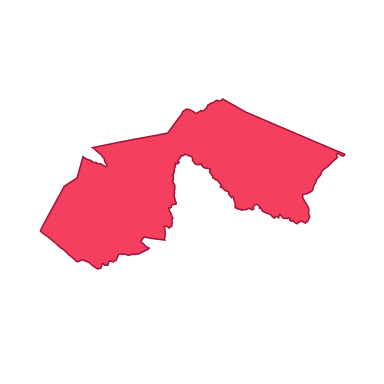 outline of Barra da Estiva, Bahia, Brazil, rotated 317°
{"feature_id": "56859067B26480186624590", "entity_name": "Barra da Estiva", "entity_type": "district", "adm_level": 2, "iso_a3": "BRA", "parent_name": "Brazil", "parent_adm1": "Bahia", "projection": "equal_earth", "projection_center": [-41.099, -13.681], "detail": "fine", "context": "isolated", "style": "filled", "palette": "rose", "viewbox_px": 384, "rotation_deg": 317, "n_neighbors": 0, "source": "geoboundaries", "source_scale": "gbopen_adm2", "svg_char_len": 4970}
<svg xmlns="http://www.w3.org/2000/svg" viewBox="0 0 384 384"><g transform="rotate(317 192 192)"><path d="M329.5,268.3L326.0,261.1L323.6,255.6L300.0,202.3L287.3,173.5L286.5,171.7L285.9,170.5L277.9,144.9L276.6,144.9L275.4,145.0L274.3,144.2L273.4,143.3L272.8,141.8L271.3,141.5L269.6,141.3L268.1,141.1L267.2,140.3L265.7,139.8L264.2,139.7L262.8,139.2L261.0,140.0L259.6,140.7L258.5,140.4L256.4,140.6L255.2,140.1L254.3,138.6L252.4,138.3L250.7,137.8L249.5,137.8L248.5,137.1L248.1,135.2L247.5,133.0L246.7,131.0L245.9,129.2L244.0,127.4L242.1,127.2L240.2,126.9L238.9,127.4L237.6,128.0L236.0,128.3L232.2,128.9L214.3,132.3L185.6,114.0L184.4,113.3L173.7,106.5L149.5,91.7L149.9,93.1L150.1,95.2L150.1,96.7L150.5,99.5L150.8,101.5L151.0,103.1L150.6,104.8L150.6,106.8L150.1,108.6L149.2,109.5L148.7,111.3L148.1,114.3L147.0,115.1L145.9,114.0L145.3,112.1L144.7,109.8L143.9,108.3L142.2,107.3L142.0,104.8L140.9,104.1L140.1,103.2L139.8,101.4L139.2,99.2L137.9,97.2L137.1,95.1L136.5,93.3L136.4,91.8L117.6,103.3L111.9,102.3L108.7,101.7L105.6,101.2L102.5,100.7L67.9,112.2L65.9,113.0L59.1,115.2L54.5,117.1L54.6,119.3L54.9,120.7L55.3,122.6L55.9,125.5L56.2,127.3L56.5,129.2L56.7,131.6L57.0,133.8L57.3,136.1L57.5,138.0L57.5,139.9L57.8,141.5L58.0,143.9L58.7,146.0L58.9,147.9L59.0,149.9L59.0,152.0L59.1,154.4L59.5,156.0L59.8,158.2L59.9,160.0L60.1,162.3L60.2,164.2L61.0,165.2L62.0,165.5L63.2,166.0L64.2,166.3L65.3,166.7L66.1,167.8L67.1,169.7L67.7,171.3L68.4,172.8L68.8,174.7L68.9,176.6L69.2,178.7L69.7,181.2L70.3,183.1L71.0,184.5L72.1,184.8L73.6,185.5L77.7,183.1L78.1,184.7L78.3,186.3L79.4,187.0L80.6,188.3L81.9,187.0L83.2,186.7L84.2,186.3L85.4,187.0L86.1,188.5L86.9,189.5L88.4,189.7L90.1,190.2L91.7,189.5L93.2,188.6L94.7,188.3L95.7,187.6L97.2,188.3L98.9,190.2L100.4,191.6L101.7,193.8L102.7,195.4L104.4,196.0L105.5,196.6L106.4,197.6L107.3,198.4L108.5,199.2L109.8,200.1L110.8,200.9L120.3,203.8L122.4,203.9L121.7,202.3L121.3,201.0L121.1,199.6L121.2,197.8L121.1,195.9L120.7,193.9L121.6,192.9L123.0,192.9L124.2,192.7L125.4,192.1L126.4,192.5L127.5,193.9L129.6,196.8L131.0,198.7L139.4,208.7L140.3,207.1L141.7,206.4L143.0,205.2L144.2,203.9L145.1,202.9L146.0,201.6L147.0,200.6L147.9,198.9L149.1,198.6L150.3,200.4L150.6,202.8L151.8,202.7L152.9,202.9L154.0,203.3L155.1,201.9L156.2,201.4L157.0,200.4L157.7,199.4L158.6,198.8L160.1,198.2L160.7,196.2L161.6,194.3L162.2,192.8L162.4,191.4L163.1,189.5L164.3,187.9L165.1,188.9L166.5,189.1L167.6,187.8L169.4,188.2L170.9,189.1L172.1,190.0L173.1,189.3L173.5,187.7L174.6,185.7L175.7,183.7L177.0,182.0L178.6,180.8L180.0,179.0L181.6,178.1L182.5,176.7L183.8,175.9L184.4,174.0L184.6,172.3L185.4,170.9L187.0,170.0L188.4,168.5L189.5,167.2L190.5,165.7L191.6,166.0L192.4,165.0L193.7,164.6L194.6,163.4L195.5,162.7L197.3,161.8L198.3,160.3L199.4,159.6L200.3,161.5L201.9,161.6L203.0,161.5L202.4,159.8L203.4,159.4L204.9,159.1L206.9,158.9L208.5,157.9L209.7,159.1L210.8,159.5L212.2,159.4L213.5,160.9L214.0,162.5L214.8,163.9L215.9,165.6L215.4,167.8L213.9,169.1L213.8,171.2L213.4,173.1L213.8,174.8L214.9,175.9L216.6,177.4L218.1,177.9L217.2,179.8L217.2,181.9L218.0,183.6L219.0,184.9L220.2,185.9L221.1,187.9L219.8,188.3L218.9,189.0L218.1,190.2L218.4,191.8L217.9,193.0L218.1,194.7L216.8,195.6L217.5,197.3L217.6,199.3L218.8,201.1L218.1,203.7L218.4,205.8L218.3,207.2L216.8,207.0L216.1,208.0L217.3,209.7L217.0,212.1L217.3,213.8L218.6,216.3L218.8,217.8L217.5,218.3L217.2,219.6L217.2,221.4L217.2,223.1L218.4,222.9L218.6,224.3L217.5,225.8L216.8,227.6L216.1,229.2L215.3,230.3L214.3,231.3L213.4,232.2L212.9,233.5L214.0,234.3L213.9,236.1L215.4,236.9L215.9,239.3L217.7,240.2L218.8,241.1L219.9,242.0L221.2,242.1L222.3,242.6L223.0,243.9L223.5,245.6L224.3,246.5L225.6,246.5L226.2,244.5L227.4,244.7L229.2,244.4L231.1,245.3L231.4,247.3L231.4,248.9L230.3,249.8L231.6,251.0L230.7,252.8L230.7,255.0L231.6,256.9L232.1,258.6L232.9,259.7L233.7,260.8L234.0,262.5L234.0,265.3L234.4,267.3L235.6,267.0L236.7,267.5L237.6,268.1L237.8,270.0L239.0,269.0L240.7,268.4L241.1,270.4L240.8,271.9L240.8,273.6L241.7,274.5L242.7,275.2L243.6,276.6L245.3,276.8L245.5,278.3L244.3,279.1L244.6,281.1L246.0,281.3L246.2,283.3L246.6,285.6L247.4,287.1L248.9,286.8L250.0,287.0L251.2,287.7L252.2,288.4L253.0,289.3L253.1,291.0L253.9,292.2L255.2,292.1L256.6,292.3L257.9,291.7L259.1,291.3L260.2,290.9L261.4,290.1L262.1,288.4L263.1,286.5L264.6,285.5L266.0,283.7L266.9,281.8L267.2,280.0L267.7,277.5L268.3,274.9L269.0,272.2L269.9,270.7L271.1,269.8L272.4,269.9L273.6,270.6L274.5,271.6L275.9,271.9L277.0,272.2L278.1,272.6L279.6,273.0L281.4,272.9L282.7,272.2L283.9,271.4L285.5,270.4L286.9,270.0L288.1,269.8L289.4,269.2L291.2,268.2L292.3,267.8L293.6,267.6L295.0,267.6L296.5,267.4L298.1,267.0L299.8,266.0L301.4,265.4L302.5,265.3L303.9,265.3L305.1,265.5L306.6,265.7L307.8,265.8L309.1,265.9L310.2,265.9L311.5,265.9L312.7,265.8L314.2,265.8L315.9,265.8L317.2,265.7L318.3,265.8L320.2,266.0L321.9,265.9L322.6,264.2L323.6,262.6L324.7,263.2L325.5,264.8L326.0,267.1L326.8,268.6L328.3,269.2L329.5,268.3Z" fill="#f43f5e" stroke="#9f1239" stroke-width="1.5"/></g></svg>